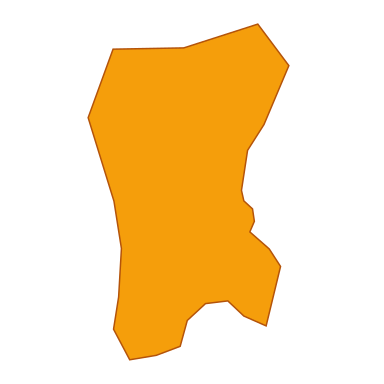 an SVG outline of Kampala, rotated 178°
{"feature_id": "UGA-3088", "entity_name": "Kampala", "entity_type": "District", "adm_level": 1, "iso_a3": "UGA", "parent_name": "Uganda", "parent_adm1": "", "projection": "natural_earth1", "projection_center": [32.596, 0.389], "detail": "fine", "context": "isolated", "style": "filled", "palette": "amber", "viewbox_px": 384, "rotation_deg": 178, "n_neighbors": 0, "source": "natural_earth", "source_scale": "10m", "svg_char_len": 483}
<svg xmlns="http://www.w3.org/2000/svg" viewBox="0 0 384 384"><g transform="rotate(178 192 192)"><path d="M160.0,81.9L182.4,80.0L201.2,63.8L209.2,38.2L233.4,30.0L260.1,26.5L275.2,57.6L269.0,89.6L264.5,138.0L270.3,185.5L293.2,269.9L265.9,337.5L195.2,336.3L120.4,357.5L90.8,314.9L117.7,256.9L135.0,231.7L142.5,191.9L140.5,181.3L132.1,173.0L130.7,160.5L135.6,150.1L116.8,132.4L106.1,114.5L122.6,55.6L144.5,66.2L160.0,81.9Z" fill="#f59e0b" stroke="#b45309" stroke-width="1.5"/></g></svg>